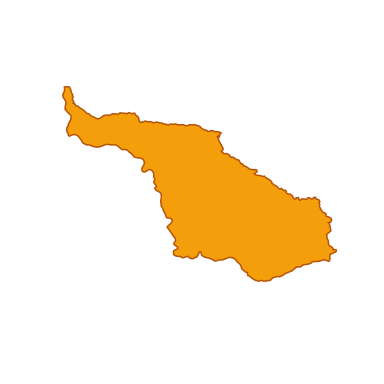 outline of Garrafão do Norte, Pará, Brazil, rotated 110°
{"feature_id": "56859067B10058884910465", "entity_name": "Garrafão do Norte", "entity_type": "district", "adm_level": 2, "iso_a3": "BRA", "parent_name": "Brazil", "parent_adm1": "Pará", "projection": "robinson", "projection_center": [-47.098, -2.221], "detail": "fine", "context": "isolated", "style": "filled", "palette": "amber", "viewbox_px": 384, "rotation_deg": 110, "n_neighbors": 0, "source": "geoboundaries", "source_scale": "gbopen_adm2", "svg_char_len": 5734}
<svg xmlns="http://www.w3.org/2000/svg" viewBox="0 0 384 384"><g transform="rotate(110 192 192)"><path d="M137.0,347.9L138.5,347.1L140.1,346.5L141.6,346.4L143.0,346.7L145.3,346.5L146.8,345.7L147.8,344.4L148.9,342.9L149.7,342.0L151.3,340.8L153.3,340.6L154.6,340.4L156.1,340.0L157.9,339.4L158.4,338.2L160.2,335.3L160.6,333.7L161.1,332.5L162.1,331.6L163.9,330.9L165.7,330.7L169.9,331.4L171.0,331.4L172.1,330.9L173.7,331.5L175.2,331.4L177.3,330.7L178.9,329.3L179.5,328.0L181.0,327.7L181.5,326.4L180.2,325.0L179.1,323.9L178.1,321.7L177.9,320.3L178.5,318.1L179.1,316.9L180.8,314.2L183.5,310.8L183.5,309.3L183.8,306.8L182.9,305.6L183.0,301.3L182.7,297.6L182.2,296.4L181.5,294.8L178.9,291.5L177.5,290.1L176.7,289.1L176.1,287.4L175.3,283.5L174.2,281.2L174.0,279.7L174.0,278.0L174.9,275.6L175.8,273.0L176.1,271.8L175.1,270.2L174.7,267.7L175.3,266.0L176.0,264.6L176.6,262.1L178.7,258.7L178.9,257.4L178.5,254.8L177.9,252.9L177.7,251.6L178.2,248.9L180.0,247.1L182.0,246.5L183.6,246.6L185.3,247.2L187.2,247.1L188.8,246.4L189.8,245.3L189.4,243.5L188.7,242.4L187.4,241.5L186.4,240.9L185.5,240.0L185.3,238.6L185.6,237.1L186.1,235.8L187.2,234.8L188.4,234.0L190.8,233.2L192.6,231.6L193.7,231.1L195.1,231.5L196.6,230.5L197.2,229.4L199.0,227.2L201.2,228.4L202.7,226.3L203.1,222.9L203.6,221.2L205.3,219.8L207.8,218.9L210.7,218.4L212.9,217.5L213.8,216.8L215.6,216.3L216.6,214.6L220.4,211.4L221.4,209.9L223.4,208.5L224.9,206.5L224.5,205.4L224.2,203.3L224.7,201.5L225.7,200.5L228.8,201.2L232.5,203.2L233.7,203.2L235.8,199.8L238.1,196.8L238.9,195.6L239.7,194.8L240.3,193.6L241.2,192.0L242.8,191.0L243.9,190.8L245.4,191.4L247.0,191.4L248.0,189.4L248.5,187.4L249.6,186.0L251.1,186.8L252.1,187.9L253.5,189.1L255.1,188.9L257.2,187.5L257.6,185.8L257.5,184.1L256.8,181.8L256.6,180.4L257.0,178.8L256.6,177.3L255.5,176.2L254.0,174.4L254.4,172.8L254.9,171.0L254.7,169.0L253.7,167.6L252.4,166.7L251.3,165.1L249.4,165.0L247.7,164.7L245.5,164.3L245.6,162.6L247.5,161.9L248.7,159.7L248.8,157.7L248.7,155.8L248.4,154.0L248.3,151.0L248.8,148.4L249.0,146.6L247.7,144.5L246.3,142.9L245.7,140.6L244.5,139.1L242.0,136.1L240.8,134.7L240.1,133.0L240.1,130.6L240.3,129.2L240.9,127.5L242.4,125.2L243.4,122.4L245.0,120.5L246.1,119.8L247.0,119.0L248.4,116.0L248.9,114.6L248.7,112.5L249.9,111.9L251.5,110.8L251.4,108.9L252.1,107.2L253.2,103.8L253.2,100.1L253.0,98.9L251.4,96.7L251.2,94.5L250.8,92.8L249.0,89.7L248.3,88.2L244.7,86.6L243.5,84.6L241.8,82.1L241.7,80.5L240.5,79.5L238.5,77.5L236.6,76.4L235.6,75.3L234.8,74.3L233.7,73.2L231.7,70.8L230.2,70.2L228.6,69.1L227.1,68.5L226.0,66.4L225.3,64.5L223.7,63.4L222.4,62.6L221.1,60.1L219.7,57.6L218.3,55.9L217.0,55.3L215.9,54.4L215.1,52.1L214.3,50.2L213.5,48.7L211.5,46.1L210.4,44.7L210.3,43.0L210.4,40.0L209.5,39.2L208.4,39.6L207.1,39.6L205.4,40.4L203.8,40.8L202.7,40.5L201.9,38.9L200.4,38.1L199.5,36.8L198.3,36.1L197.2,36.6L197.3,38.5L198.0,39.6L196.8,40.2L195.9,41.6L195.7,43.8L194.8,45.6L193.0,46.5L191.7,47.0L190.7,47.6L189.6,49.1L187.8,49.8L186.0,51.0L184.6,50.3L183.3,49.5L182.0,48.7L180.5,48.3L179.2,49.4L178.0,50.1L176.9,51.0L175.9,51.3L174.6,52.1L174.0,53.4L173.0,51.6L172.0,51.2L170.2,51.3L169.1,52.5L169.0,54.1L168.6,55.5L169.0,57.1L168.3,58.1L166.5,58.8L166.3,60.6L166.3,61.9L165.5,63.1L164.7,64.5L163.2,66.2L161.5,67.5L160.3,67.6L159.5,68.3L158.5,69.0L157.4,68.5L156.1,69.9L156.0,71.8L156.1,73.4L154.7,74.1L155.3,75.5L156.7,76.2L157.7,76.8L157.7,78.3L157.2,80.0L158.2,81.4L160.0,82.0L160.3,84.3L160.7,86.1L161.7,86.9L162.9,87.6L162.5,89.2L161.1,89.6L161.1,91.0L161.9,92.2L163.0,92.0L163.6,93.2L163.0,94.6L161.5,96.1L160.8,97.9L160.3,99.1L160.9,100.3L160.9,101.9L160.5,103.2L159.1,103.6L158.4,104.9L159.2,106.2L158.7,107.3L158.1,109.3L159.2,110.6L159.2,111.9L157.9,113.6L157.4,114.9L157.5,116.5L156.8,118.3L156.5,119.9L155.2,120.5L154.5,122.1L154.1,123.5L153.6,125.2L153.4,127.1L152.9,128.4L152.3,129.4L153.2,130.7L153.1,132.2L153.4,134.0L153.9,136.0L154.1,137.7L153.5,139.7L152.1,138.8L150.9,137.8L149.5,138.4L149.1,139.7L149.8,141.0L150.2,142.9L150.7,144.4L150.8,146.3L150.1,147.7L149.7,149.4L149.5,151.2L149.7,152.7L148.4,153.9L148.5,156.0L147.2,157.5L146.3,158.5L146.0,159.7L146.4,161.3L145.7,163.1L145.3,165.4L145.8,167.5L145.6,168.8L144.5,169.3L144.2,170.8L143.9,172.2L144.9,174.6L145.1,176.1L144.2,176.6L144.0,178.2L142.4,177.9L141.0,177.2L140.1,178.4L139.1,178.9L138.5,180.0L137.5,180.5L137.0,181.6L136.0,182.7L134.8,183.9L133.7,185.1L132.6,185.5L131.5,187.2L130.1,186.5L130.7,185.2L129.0,185.6L127.9,185.2L126.6,184.7L126.4,186.2L126.4,187.5L126.6,189.1L127.4,190.4L127.6,191.9L127.1,192.9L127.5,194.4L128.3,195.7L129.2,196.5L129.7,197.8L129.0,199.1L129.3,200.5L129.2,201.9L129.2,203.4L129.2,204.6L128.2,205.7L127.7,207.3L127.7,209.1L127.8,210.9L127.8,212.5L129.0,215.2L129.4,217.0L130.6,218.2L131.5,219.7L132.1,221.6L131.6,222.7L132.0,224.1L132.7,225.7L133.4,227.3L133.7,228.6L133.6,230.6L134.5,232.5L135.2,233.5L135.1,234.8L135.9,235.7L136.8,236.9L137.4,238.4L137.2,240.0L137.7,241.3L137.7,242.5L137.5,243.7L137.9,245.0L138.1,246.8L138.3,248.8L139.0,250.4L140.2,251.4L140.0,252.9L140.1,254.8L140.6,256.2L141.3,257.6L141.1,259.2L141.7,260.8L143.1,262.2L144.2,264.2L143.3,266.0L141.4,267.0L140.6,267.7L139.5,268.8L138.9,271.6L137.5,272.7L138.2,274.2L139.0,275.1L139.0,277.3L139.0,278.6L140.7,279.9L140.9,282.0L141.7,284.1L142.1,286.6L144.4,288.2L144.6,289.8L145.0,291.4L145.4,293.0L147.9,295.5L148.9,298.4L150.2,301.0L152.2,302.3L153.6,303.3L154.7,304.3L155.5,305.6L155.5,307.3L155.2,309.5L155.1,311.1L154.9,313.2L154.0,314.9L153.9,316.5L153.9,318.5L152.8,320.2L151.7,323.9L151.2,326.8L150.5,328.2L150.5,330.7L149.2,332.5L149.4,333.9L147.7,333.8L146.1,336.1L143.4,336.2L142.3,337.3L141.2,337.5L140.0,339.2L136.7,341.4L135.3,343.1L135.7,345.1L137.0,347.9Z" fill="#f59e0b" stroke="#b45309" stroke-width="1.5"/></g></svg>